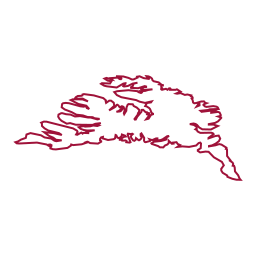 outline of Vestfirðir
{"feature_id": "ISL-690", "entity_name": "Vestfirðir", "entity_type": "Region", "adm_level": 1, "iso_a3": "ISL", "parent_name": "Iceland", "parent_adm1": "", "projection": "equal_earth", "projection_center": [-22.568, 65.72], "detail": "fine", "context": "isolated", "style": "outline", "palette": "rose", "viewbox_px": 256, "rotation_deg": 0, "n_neighbors": 0, "source": "natural_earth", "source_scale": "10m", "svg_char_len": 5886}
<svg xmlns="http://www.w3.org/2000/svg" viewBox="0 0 256 256"><path d="M196.2,145.5L189.1,146.9L182.4,146.4L177.4,146.9L180.0,145.0L177.7,144.0L176.5,142.2L173.0,142.6L173.4,143.6L171.9,143.8L168.7,140.7L168.8,142.9L167.4,144.5L165.0,145.5L163.3,147.4L159.9,147.3L158.2,146.1L151.8,143.9L151.4,143.3L154.0,141.7L161.0,141.0L165.5,139.8L166.2,139.5L166.5,137.4L169.1,136.0L167.2,136.2L162.6,139.3L160.5,140.1L153.9,140.7L153.9,140.3L157.4,138.9L157.4,138.4L156.1,138.4L152.2,140.1L149.6,139.3L150.4,140.4L150.0,141.0L145.6,142.2L144.7,141.9L144.0,140.7L144.2,137.9L141.4,133.4L140.6,134.0L140.7,135.9L141.7,137.4L141.3,138.5L139.4,140.2L138.6,140.2L136.0,138.1L135.6,139.9L134.4,140.8L133.1,140.4L131.2,137.7L130.9,136.6L131.3,135.4L132.8,134.1L132.2,133.7L131.0,134.1L127.9,133.7L127.6,134.5L130.5,142.2L129.6,142.6L126.3,142.2L126.6,141.1L125.6,140.4L122.7,140.6L122.0,140.5L121.9,139.8L119.8,139.8L119.8,139.3L124.1,136.8L125.8,136.5L125.2,135.7L121.9,134.5L121.6,136.1L120.3,137.4L118.7,138.1L117.4,137.6L116.3,135.3L115.6,135.0L115.0,138.4L113.6,139.2L108.0,140.0L102.7,138.4L102.9,136.9L101.1,137.4L100.1,138.8L100.0,140.3L101.2,141.2L101.2,141.7L98.0,143.6L90.1,143.1L87.7,141.7L86.9,141.8L85.9,142.2L86.8,142.6L81.7,144.3L73.1,145.1L71.2,144.5L70.9,145.6L67.5,147.9L55.9,149.4L52.9,149.2L50.4,148.4L50.5,146.8L49.1,146.0L51.3,146.4L51.5,145.2L50.3,144.5L48.9,144.6L48.2,145.5L46.7,144.5L37.0,142.6L19.0,143.5L16.7,143.3L15.4,142.2L18.1,141.4L21.0,139.6L25.8,137.9L26.5,134.5L30.5,133.1L41.0,135.3L44.5,137.4L51.3,138.6L54.4,140.7L56.3,141.2L61.7,140.3L56.1,139.8L53.3,137.7L48.9,135.8L44.1,132.2L53.6,133.1L61.8,135.0L58.9,133.1L48.2,130.5L44.6,128.4L42.0,126.0L41.9,123.5L41.2,122.7L43.9,121.6L46.6,121.7L73.1,128.4L77.0,130.7L77.6,132.0L76.1,134.5L77.2,134.8L81.3,132.6L82.6,133.6L83.2,132.9L88.2,133.1L88.2,132.6L86.9,131.7L94.7,130.3L87.2,130.5L83.8,130.0L80.5,128.8L78.7,127.2L83.3,126.1L85.1,126.6L90.3,126.3L93.2,125.5L97.3,126.0L98.6,125.5L96.9,125.0L96.9,124.6L100.8,123.1L95.3,123.8L92.6,124.9L75.6,124.7L70.1,123.1L66.8,123.7L61.5,120.8L59.5,118.9L58.2,116.7L58.5,114.6L61.2,113.2L62.4,113.2L66.0,114.2L70.6,114.6L75.0,116.5L80.1,116.1L87.9,117.5L90.5,117.5L97.4,119.4L99.6,118.9L94.4,118.2L92.7,117.2L87.5,117.0L82.9,115.4L76.4,114.7L71.6,112.1L64.8,109.5L61.7,107.3L62.1,104.1L63.0,103.3L65.6,102.9L68.9,103.2L80.3,106.3L83.6,106.7L85.8,106.1L86.9,108.1L89.2,109.0L86.3,105.7L78.5,104.0L70.8,100.1L72.8,99.3L82.5,99.4L88.0,101.4L82.7,98.6L76.6,98.7L75.1,98.2L75.8,97.2L77.8,96.0L81.4,95.8L82.4,95.4L82.5,94.5L83.9,94.1L93.8,95.4L103.3,98.1L105.9,100.4L105.7,101.4L106.1,102.9L109.2,100.7L111.1,100.7L113.7,102.7L114.3,105.8L109.1,110.4L114.3,107.5L115.6,106.6L116.6,104.9L117.3,104.7L118.5,105.5L119.4,107.1L119.0,107.6L121.9,106.2L122.9,106.6L120.3,109.8L118.5,111.1L116.4,111.8L120.1,111.4L121.1,110.8L123.3,108.0L123.9,107.8L124.8,109.7L123.8,113.2L124.2,114.2L126.3,110.8L126.5,107.5L127.7,104.7L128.5,104.1L132.8,104.3L133.7,106.0L136.7,107.5L139.4,110.0L138.8,112.2L138.0,113.2L138.4,113.7L134.5,119.0L134.9,119.6L135.8,119.5L137.2,116.8L141.4,111.8L141.8,109.9L143.2,109.8L145.7,112.3L146.9,112.2L147.4,112.8L147.0,114.3L147.9,114.6L148.7,113.1L149.2,113.2L148.7,116.1L146.2,119.3L148.6,118.7L151.0,114.9L153.0,114.2L153.0,113.7L151.7,113.0L150.0,109.0L149.1,108.0L146.6,106.4L145.2,106.1L146.5,103.6L147.4,102.9L151.0,102.4L151.7,101.4L145.0,102.9L139.7,101.7L136.2,100.1L121.3,97.2L116.9,95.1L114.3,92.1L117.2,91.2L128.5,90.2L137.6,91.2L138.4,92.1L141.0,93.0L141.8,92.5L140.5,91.1L145.2,90.9L148.0,90.0L152.5,89.3L144.0,89.9L140.2,88.7L141.5,88.6L144.1,87.2L146.1,87.0L146.1,86.5L144.7,86.1L138.2,88.2L131.1,87.9L131.0,87.2L132.8,86.0L133.6,83.7L137.5,82.7L132.7,83.6L127.8,86.0L124.0,86.5L123.2,86.1L123.7,85.2L125.5,83.7L125.5,83.2L123.3,83.6L116.7,87.5L106.8,86.3L104.2,85.7L101.0,83.8L101.9,83.2L110.0,83.5L111.4,81.3L107.6,80.6L104.5,78.6L106.4,77.9L112.2,79.5L110.9,78.1L117.8,77.6L119.5,79.0L120.9,79.2L121.4,78.7L121.2,78.0L116.1,76.2L123.4,76.5L128.5,77.9L132.0,79.5L133.6,79.4L137.5,77.6L137.1,76.7L139.6,76.3L143.6,78.1L148.8,78.9L149.1,78.1L148.7,77.4L147.0,76.9L146.5,76.2L148.5,76.4L150.5,77.3L152.0,78.6L152.5,80.2L153.6,81.2L158.7,82.4L160.3,83.7L159.4,84.4L162.9,85.1L162.9,85.5L161.3,85.7L161.2,87.0L162.2,88.3L161.2,88.8L161.2,89.3L162.0,89.8L165.9,88.8L167.5,89.8L169.0,88.4L170.0,88.3L170.5,88.8L170.2,89.8L175.8,89.8L176.9,89.3L180.5,91.6L176.2,93.5L177.1,93.7L180.6,93.1L184.8,94.9L187.4,94.5L191.3,95.4L190.9,96.3L191.9,96.6L192.6,97.4L192.6,98.2L191.7,98.6L192.6,100.0L193.1,102.5L194.3,103.3L197.4,102.8L198.2,103.3L198.3,104.2L196.6,106.6L199.5,105.4L199.5,103.8L198.2,102.4L201.2,101.5L204.0,101.4L205.3,102.9L206.5,103.2L203.8,104.3L203.4,104.9L204.9,106.4L206.5,106.9L213.3,106.1L216.6,106.7L217.8,107.5L218.5,109.0L209.7,109.3L208.0,110.0L200.5,110.8L201.6,111.8L212.8,110.4L214.7,110.8L211.2,112.3L211.2,112.8L218.0,111.9L219.6,112.5L220.8,115.1L220.1,116.0L218.2,116.5L221.2,117.5L221.2,118.0L218.1,121.3L215.1,122.9L208.8,124.1L208.8,124.6L213.5,124.6L217.9,126.0L210.9,129.5L202.3,129.3L199.2,127.5L197.1,125.0L195.6,124.0L193.6,123.5L189.8,124.1L194.0,125.0L196.7,126.9L196.7,128.3L195.4,129.3L197.0,130.1L197.5,131.4L199.3,132.4L200.4,132.9L211.0,132.7L212.8,133.2L213.6,134.1L208.5,137.9L208.5,138.4L215.4,136.0L218.7,135.6L220.2,138.6L218.9,141.2L215.7,143.6L212.0,145.4L209.0,146.0L209.0,146.4L215.4,145.3L219.2,144.1L221.5,144.6L226.4,147.7L225.9,148.9L226.8,149.1L227.0,149.7L227.1,156.0L230.5,160.4L230.0,160.8L232.6,162.6L233.2,164.0L232.7,165.7L234.1,165.9L234.7,167.5L235.0,171.4L238.1,175.2L239.6,178.6L240.6,179.8L236.4,179.7L232.4,178.8L227.4,176.8L227.2,175.5L222.7,172.8L221.3,170.6L221.2,168.9L223.8,165.3L221.9,161.9L213.9,157.3L208.6,151.8L205.5,151.6L200.1,152.4L197.8,150.9L197.8,150.0L200.7,148.2L201.0,143.5L200.2,142.6L198.6,143.1L196.2,145.5Z" fill="none" stroke="#9f1239" stroke-width="2"/></svg>